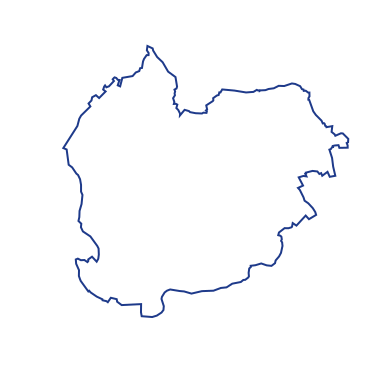 outline of Navan Lea-7, Meath, Ireland, rotated 17°
{"feature_id": "5873133B99485387457029", "entity_name": "Navan Lea-7", "entity_type": "district", "adm_level": 2, "iso_a3": "IRL", "parent_name": "Ireland", "parent_adm1": "Meath", "projection": "orthographic", "projection_center": [-6.698, 53.64], "detail": "fine", "context": "isolated", "style": "outline", "palette": "blue", "viewbox_px": 384, "rotation_deg": 17, "n_neighbors": 0, "source": "geoboundaries", "source_scale": "gbopen_adm2", "svg_char_len": 3157}
<svg xmlns="http://www.w3.org/2000/svg" viewBox="0 0 384 384"><g transform="rotate(17 192 192)"><path d="M326.7,98.8L325.9,95.5L319.1,91.9L317.3,92.3L312.6,96.3L311.6,95.2L307.9,93.7L306.9,88.0L301.6,90.7L301.1,89.9L300.1,89.8L298.8,87.9L298.0,87.6L297.0,88.2L295.0,85.9L287.9,82.1L284.4,79.4L277.1,69.6L276.3,69.7L275.9,68.1L276.4,66.2L275.2,62.6L274.2,63.0L271.1,61.9L269.3,62.6L268.7,61.4L267.1,61.5L264.5,59.2L259.1,58.5L255.8,59.0L249.2,63.7L243.9,65.1L239.9,68.9L235.1,71.1L232.5,73.1L227.8,74.8L227.1,75.6L226.8,75.0L225.5,75.6L224.1,75.4L221.5,78.3L214.6,81.0L202.9,82.6L190.9,85.1L190.1,88.5L189.0,88.7L189.1,91.5L187.6,92.4L184.8,96.1L185.6,98.0L185.3,99.0L180.3,105.0L182.3,108.6L181.5,109.9L182.6,110.4L182.7,112.1L179.7,112.8L178.6,114.0L172.4,115.6L166.8,116.2L165.4,115.5L160.9,115.6L158.1,122.3L157.7,120.6L154.9,117.6L152.5,116.3L152.4,112.7L150.7,112.4L148.9,113.1L148.8,111.1L146.5,107.8L147.4,104.5L146.5,102.7L146.5,100.9L145.3,99.2L146.9,97.6L146.9,95.6L142.6,86.9L134.0,83.9L126.0,76.5L119.2,73.1L113.5,68.1L112.4,66.2L106.7,65.4L107.4,69.7L109.9,71.8L110.4,73.8L108.6,74.4L107.2,78.8L107.0,81.5L107.9,88.0L106.2,88.8L106.2,91.8L103.3,94.1L101.3,98.5L92.0,103.2L92.4,112.0L89.8,111.7L89.9,106.1L88.2,106.4L86.3,105.1L84.5,105.0L84.1,105.5L83.2,107.4L84.9,108.7L81.7,115.2L79.5,116.9L77.7,115.5L77.2,116.8L77.1,120.0L80.0,121.1L75.7,129.3L71.8,127.5L68.8,130.6L69.1,133.9L67.2,137.6L69.8,139.9L63.6,151.3L62.8,154.9L63.1,162.4L56.1,187.6L59.7,188.0L66.1,202.0L70.2,203.5L76.0,208.2L78.1,209.1L81.2,212.5L83.8,217.6L85.8,224.1L88.1,226.8L89.9,235.8L90.0,243.0L91.6,249.0L91.9,252.9L95.4,254.7L96.1,258.2L99.2,261.6L107.8,264.2L117.2,271.3L119.2,273.4L121.2,279.1L121.9,283.3L121.2,286.5L115.3,283.1L112.5,286.8L113.0,288.5L112.5,289.6L109.0,288.5L105.7,289.7L102.3,289.1L100.6,290.5L102.2,294.5L106.8,299.8L108.4,305.4L110.3,308.0L111.6,309.6L121.9,317.4L122.5,316.5L124.5,317.7L131.5,319.9L137.7,320.8L138.1,321.7L142.1,321.4L143.7,322.0L145.3,316.9L151.3,316.5L152.5,318.8L157.8,320.7L176.1,314.1L178.4,322.0L180.2,325.5L190.5,323.2L194.5,320.5L198.1,316.2L199.2,313.2L198.4,309.4L194.1,303.2L193.9,301.1L195.2,296.1L196.9,293.7L199.6,291.6L209.2,290.3L213.5,289.4L221.2,289.3L230.5,283.9L241.4,280.1L247.7,275.3L252.9,273.1L257.3,267.9L265.0,263.8L266.8,261.1L268.6,260.4L270.8,257.3L271.1,256.0L269.8,252.8L269.1,248.4L270.2,246.4L269.7,245.4L274.0,243.5L279.1,240.1L284.9,240.3L289.6,239.4L292.2,235.8L292.0,233.0L294.1,228.2L294.9,224.2L294.3,217.1L292.9,213.8L291.5,212.7L291.7,211.0L290.6,208.7L289.4,208.0L287.1,208.1L287.0,205.3L291.1,199.5L294.7,198.5L297.3,196.8L297.8,196.0L297.4,192.3L301.7,193.6L307.6,181.3L311.8,183.8L317.4,177.6L315.7,175.1L312.2,172.1L306.5,168.8L302.2,167.4L300.2,164.5L294.5,158.5L292.2,157.1L296.3,153.4L289.8,146.8L293.8,144.1L296.9,143.6L295.0,141.5L295.7,141.0L295.2,140.2L301.1,136.6L305.9,135.7L308.5,137.5L310.0,136.2L311.8,138.4L315.7,133.1L319.3,137.2L324.3,134.6L319.6,126.5L316.0,118.5L311.0,111.3L312.2,110.4L312.9,108.1L313.7,107.8L313.2,106.8L315.1,105.7L318.4,104.4L320.0,106.7L327.9,104.1L327.2,101.9L325.6,99.9L326.7,98.8Z" fill="none" stroke="#1e3a8a" stroke-width="2"/></g></svg>